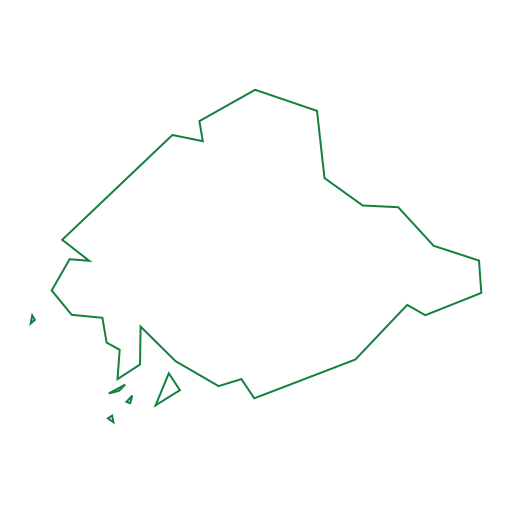 an SVG outline of P'yŏngan-bukto
{"feature_id": "PRK-3312", "entity_name": "P'yŏngan-bukto", "entity_type": "Province", "adm_level": 1, "iso_a3": "PRK", "parent_name": "North Korea", "parent_adm1": "", "projection": "orthographic", "projection_center": [125.079, 40.04], "detail": "coarse", "context": "isolated", "style": "outline", "palette": "green", "viewbox_px": 512, "rotation_deg": 0, "n_neighbors": 0, "source": "natural_earth", "source_scale": "10m", "svg_char_len": 721}
<svg xmlns="http://www.w3.org/2000/svg" viewBox="0 0 512 512"><path d="M255.1,89.8L317.0,110.9L324.5,178.1L362.7,205.5L398.2,207.2L433.6,245.8L479.0,260.6L481.3,292.9L425.3,315.2L407.2,304.9L355.4,359.5L254.3,398.3L241.4,379.1L218.6,386.1L175.7,361.3L140.6,326.6L140.0,364.5L117.5,379.1L119.7,349.8L106.6,342.6L102.4,317.8L71.7,314.8L51.7,290.5L69.6,259.2L89.2,260.8L62.2,239.8L172.4,135.0L202.8,141.2L199.4,121.1L255.1,89.8ZM168.8,373.3L179.9,390.2L155.6,405.3L168.8,373.3ZM125.2,384.6L119.0,390.8L108.7,393.5L125.2,384.6ZM126.4,401.8L132.3,395.6L130.1,403.2L126.4,401.8ZM30.7,323.5L32.2,315.4L34.9,319.9L30.7,323.5ZM113.4,422.2L107.9,418.4L112.1,415.6L113.4,422.2Z" fill="none" stroke="#15803d" stroke-width="2"/></svg>